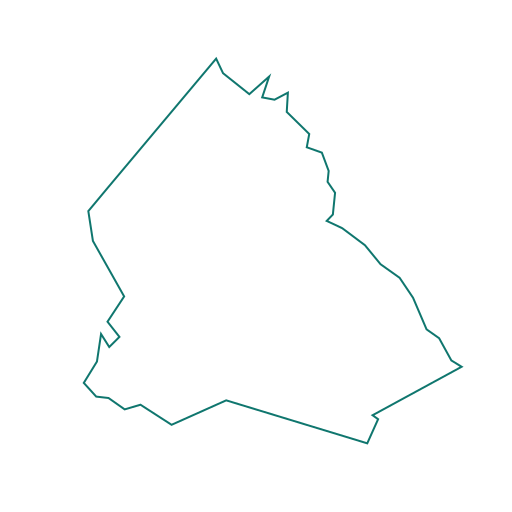 outline of Greene, Georgia, United States of America, rotated 172°
{"feature_id": "52423323B20574885687600", "entity_name": "Greene", "entity_type": "district", "adm_level": 2, "iso_a3": "USA", "parent_name": "United States of America", "parent_adm1": "Georgia", "projection": "robinson", "projection_center": [-83.176, 33.558], "detail": "fine", "context": "isolated", "style": "outline", "palette": "teal", "viewbox_px": 512, "rotation_deg": 172, "n_neighbors": 0, "source": "geoboundaries", "source_scale": "gbopen_adm2", "svg_char_len": 699}
<svg xmlns="http://www.w3.org/2000/svg" viewBox="0 0 512 512"><g transform="rotate(172 256 256)"><path d="M407.4,122.4L391.1,124.8L363.1,100.6L305.6,117.2L171.9,55.0L157.8,77.4L162.7,82.1L67.8,117.7L77.1,125.4L86.1,149.1L97.3,159.6L106.3,192.8L116.8,214.4L133.8,230.5L146.6,251.5L166.7,271.5L181.1,280.9L174.1,286.4L168.9,307.6L174.8,319.5L172.2,330.1L176.4,349.2L190.6,356.6L186.3,369.4L205.5,394.4L201.7,413.3L215.9,408.2L227.8,412.2L218.0,431.9L240.1,417.2L263.2,441.6L268.0,457.0L393.3,344.2L415.8,323.8L415.4,293.6L392.2,234.3L412.2,211.6L402.5,194.9L414.0,186.3L420.3,200.3L428.2,173.6L444.2,154.3L433.8,139.0L421.8,135.9L407.4,122.4Z" fill="none" stroke="#0f766e" stroke-width="2"/></g></svg>